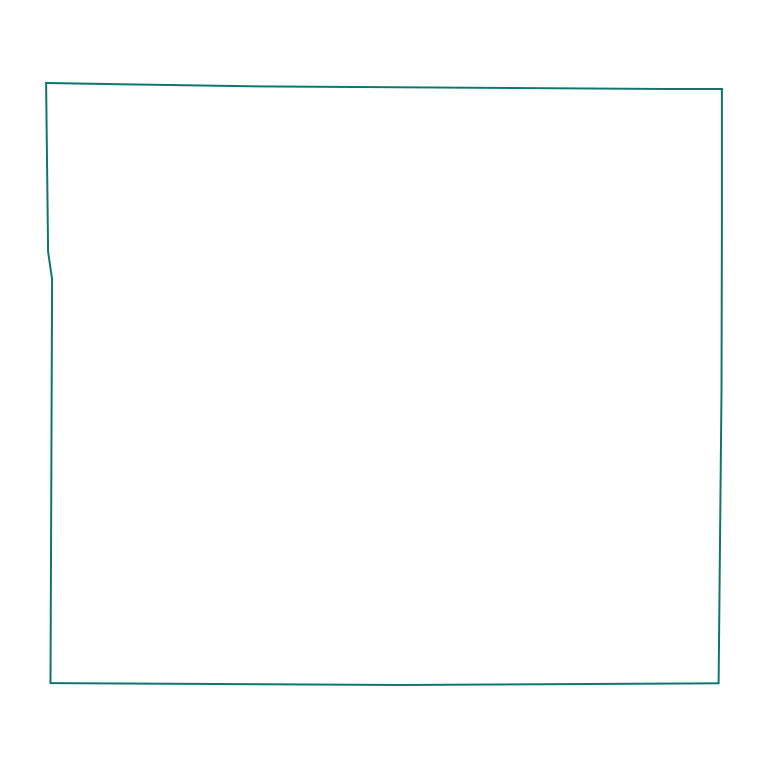 outline of Wayne, Ohio, United States of America
{"feature_id": "52423323B53124474487881", "entity_name": "Wayne", "entity_type": "district", "adm_level": 2, "iso_a3": "USA", "parent_name": "United States of America", "parent_adm1": "Ohio", "projection": "mercator", "projection_center": [-81.875, 40.83], "detail": "fine", "context": "isolated", "style": "outline", "palette": "teal", "viewbox_px": 768, "rotation_deg": 0, "n_neighbors": 0, "source": "geoboundaries", "source_scale": "gbopen_adm2", "svg_char_len": 274}
<svg xmlns="http://www.w3.org/2000/svg" viewBox="0 0 768 768"><path d="M718.6,683.3L721.5,391.3L721.9,227.5L721.9,89.0L664.7,89.0L259.3,86.4L117.2,84.2L46.1,83.0L48.1,251.9L52.1,279.1L50.5,683.1L400.3,685.0L718.6,683.3Z" fill="none" stroke="#0f766e" stroke-width="2"/></svg>